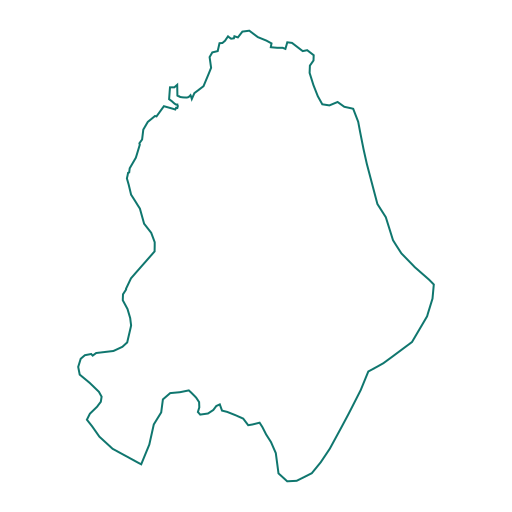 Owensgrove, Grand Bassa, Liberia (Natural Earth projection)
{"feature_id": "62588387B80284911734552", "entity_name": "Owensgrove", "entity_type": "district", "adm_level": 2, "iso_a3": "LBR", "parent_name": "Liberia", "parent_adm1": "Grand Bassa", "projection": "natural_earth1", "projection_center": [-10.306, 6.196], "detail": "fine", "context": "isolated", "style": "outline", "palette": "teal", "viewbox_px": 512, "rotation_deg": 0, "n_neighbors": 0, "source": "geoboundaries", "source_scale": "gbopen_adm2", "svg_char_len": 2537}
<svg xmlns="http://www.w3.org/2000/svg" viewBox="0 0 512 512"><path d="M234.4,36.3L233.9,38.3L231.1,38.7L229.0,37.2L228.0,36.4L225.7,39.7L225.2,40.6L222.4,43.0L219.5,43.2L219.2,44.5L217.7,51.1L212.3,52.4L209.6,57.1L211.1,67.8L208.6,74.0L203.5,86.2L194.4,93.1L191.8,99.0L191.0,96.3L190.5,95.2L189.8,96.0L188.5,97.1L187.0,97.5L185.5,97.5L183.1,97.4L180.1,97.0L179.3,96.3L178.6,96.3L177.4,95.6L177.2,84.8L174.4,87.3L170.0,87.3L169.6,92.4L169.1,99.2L171.7,101.1L174.5,103.6L175.9,104.5L177.3,104.5L177.3,105.0L177.7,105.5L177.8,106.2L177.3,108.0L176.1,107.8L175.3,109.5L172.4,108.6L168.1,107.4L163.9,106.2L156.5,116.4L155.0,116.0L150.0,120.1L147.8,121.9L143.3,129.6L142.1,139.5L139.4,143.3L139.6,144.2L139.8,144.7L136.6,155.3L135.8,157.8L129.7,168.3L129.2,172.4L128.1,172.8L127.5,175.8L126.9,178.4L128.7,184.7L131.1,194.7L135.0,200.8L137.6,205.0L139.9,208.6L144.1,223.7L151.2,232.8L153.3,238.4L154.7,242.2L154.7,245.6L154.6,250.9L154.6,251.4L135.7,272.9L131.0,278.3L126.0,288.8L126.1,289.5L123.0,294.3L122.8,299.2L122.8,300.3L127.5,309.0L130.2,318.1L130.4,319.8L131.1,325.4L130.7,327.4L129.6,332.1L127.2,342.4L122.4,346.8L116.0,349.8L113.3,351.0L96.2,353.0L92.7,355.6L91.2,354.0L84.9,355.2L82.3,357.4L80.7,358.8L78.2,366.9L79.7,374.6L89.7,382.9L95.5,388.5L98.9,391.8L101.6,396.7L100.8,401.8L98.2,405.2L97.2,406.6L96.2,407.6L89.9,413.7L86.9,419.7L92.1,426.3L99.4,436.7L112.6,448.8L138.3,462.8L141.2,464.3L149.3,444.6L153.8,424.4L161.2,412.4L162.9,399.4L170.2,393.1L180.0,392.2L188.8,390.4L191.2,392.6L194.5,395.9L196.2,397.7L199.1,402.1L199.3,407.4L197.9,412.0L200.2,414.6L208.0,413.5L213.3,410.0L216.3,406.0L219.8,404.4L222.0,410.6L227.2,411.9L235.0,415.0L243.2,418.6L248.2,425.2L252.4,424.5L259.6,422.7L262.4,427.1L266.1,434.4L271.0,442.1L275.8,453.1L278.5,473.4L287.2,481.3L296.7,480.8L311.8,473.2L320.7,462.3L329.8,448.7L341.1,427.9L348.2,414.6L351.7,407.8L357.7,396.0L360.7,390.1L368.3,371.5L377.7,366.4L383.4,363.2L384.2,362.6L392.0,356.9L412.0,342.0L427.1,316.3L428.0,313.2L432.5,298.6L433.5,287.8L433.8,284.5L429.1,279.7L414.7,267.1L413.5,265.8L401.4,253.4L395.8,244.7L393.0,240.2L385.8,217.2L377.4,204.0L366.8,163.8L363.6,149.5L362.1,142.0L360.1,131.9L358.2,121.8L353.2,108.8L351.7,108.4L344.3,106.8L337.6,102.0L329.4,105.4L322.3,104.3L317.8,96.2L313.4,85.0L309.6,72.9L309.9,65.6L313.5,60.5L313.7,55.2L307.2,50.2L302.7,51.1L292.0,42.9L287.3,42.3L285.4,48.9L282.7,47.8L277.2,47.8L271.7,47.3L270.8,47.2L271.5,43.4L266.4,40.6L257.8,37.1L249.3,30.7L242.4,31.6L237.9,37.4L234.4,36.3Z" fill="none" stroke="#0f766e" stroke-width="2"/></svg>